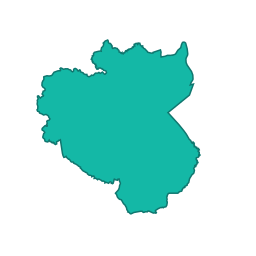 the district of Dinh Quan, Đồng Nai, Vietnam, rotated 160°
{"feature_id": "81297802B49967994067833", "entity_name": "Dinh Quan", "entity_type": "district", "adm_level": 2, "iso_a3": "VNM", "parent_name": "Vietnam", "parent_adm1": "Đồng Nai", "projection": "albers", "projection_center": [107.306, 11.211], "detail": "fine", "context": "isolated", "style": "filled", "palette": "teal", "viewbox_px": 256, "rotation_deg": 160, "n_neighbors": 0, "source": "geoboundaries", "source_scale": "gbopen_adm2", "svg_char_len": 5843}
<svg xmlns="http://www.w3.org/2000/svg" viewBox="0 0 256 256"><g transform="rotate(160 128 128)"><path d="M210.5,144.1L209.7,143.2L208.1,142.3L206.2,143.6L206.1,142.2L205.7,141.7L205.1,141.7L204.8,140.8L204.4,140.6L204.4,140.2L203.2,140.1L203.4,139.5L202.5,139.3L202.7,138.5L201.8,137.3L200.4,137.5L200.1,138.9L199.7,139.5L198.3,139.5L197.2,140.1L196.4,139.8L195.6,140.0L198.3,126.5L198.5,124.2L198.3,122.3L197.2,122.2L195.9,122.5L195.9,121.7L194.6,119.0L194.1,119.0L193.4,117.4L193.2,116.0L192.6,115.3L191.1,114.7L190.9,114.2L191.1,113.6L190.4,112.8L189.7,112.3L187.8,109.9L187.7,109.3L186.0,107.4L186.4,107.0L186.5,106.6L185.9,105.8L185.7,104.7L185.0,103.6L184.9,103.0L183.5,101.7L183.2,100.9L182.3,100.4L181.7,99.3L181.8,98.7L180.7,96.9L179.3,96.3L178.4,95.5L178.7,94.6L176.9,94.7L176.4,94.3L176.5,93.0L177.1,92.2L175.5,91.8L174.2,89.8L173.7,90.2L172.8,90.0L171.1,88.1L170.5,86.9L169.3,86.6L168.1,85.4L168.5,84.3L167.1,84.4L165.1,82.7L164.0,83.4L163.1,83.5L162.4,82.9L162.3,82.2L162.6,81.7L161.7,81.3L161.6,81.0L160.9,81.1L160.5,81.9L160.0,82.2L158.5,84.6L158.0,84.5L157.5,83.6L155.7,82.5L155.3,83.3L153.8,83.1L154.1,81.3L154.0,78.9L154.3,78.2L155.6,76.8L156.7,74.7L158.2,73.1L162.1,71.0L161.5,69.3L161.6,66.9L161.0,65.0L160.3,63.9L158.8,62.8L158.1,58.4L157.2,56.7L156.7,53.6L157.0,51.7L156.5,49.3L156.8,49.1L155.8,48.2L155.1,46.6L154.4,46.3L151.3,46.6L144.4,45.4L143.1,44.8L142.6,43.6L142.1,43.3L140.2,43.3L138.5,42.6L137.8,43.1L136.8,42.8L133.3,39.4L131.9,39.1L130.9,38.4L130.2,39.0L130.7,40.0L130.5,41.0L128.8,41.5L126.9,41.9L124.7,42.1L123.7,41.7L122.9,41.8L122.2,41.0L121.1,41.3L119.4,41.0L118.0,42.1L116.9,44.0L116.4,45.1L116.6,46.2L115.7,47.5L115.2,49.9L114.5,50.5L114.3,51.1L112.6,52.6L111.8,52.7L103.5,49.7L102.4,50.0L101.6,50.6L99.2,50.3L98.7,50.7L98.2,51.7L97.8,51.7L97.4,52.3L96.2,52.9L95.3,52.6L94.8,52.8L94.8,53.7L92.0,54.0L91.6,55.0L89.6,56.0L87.5,59.3L83.9,62.2L82.4,62.7L81.5,63.2L80.0,65.6L80.1,67.5L78.7,68.6L78.1,68.6L78.3,69.1L78.1,69.8L77.8,69.9L77.6,69.3L77.2,69.1L77.0,69.4L77.1,70.0L76.0,70.1L75.1,71.3L74.1,71.5L74.1,71.9L74.8,71.8L74.9,72.1L74.1,73.7L74.1,74.1L74.6,74.4L74.7,75.2L74.1,76.5L73.7,76.7L72.3,76.5L71.6,76.7L70.8,78.2L70.4,77.5L69.7,77.8L69.6,78.4L70.0,79.3L69.3,80.9L70.1,81.9L69.6,82.8L68.5,83.0L68.5,83.3L68.9,83.4L68.8,84.3L69.4,84.2L69.3,85.0L70.6,85.3L70.6,85.6L70.1,85.8L70.1,86.4L70.7,86.5L70.8,87.0L71.4,87.3L71.5,88.3L72.0,88.1L71.6,89.9L71.3,90.2L72.0,91.0L71.2,90.8L71.0,91.2L71.5,91.7L71.7,92.6L72.1,92.5L72.4,91.8L73.2,92.4L73.4,94.9L74.3,96.4L75.3,102.2L76.5,106.4L79.1,113.9L85.2,128.8L59.0,137.9L51.5,146.9L54.8,147.1L52.8,149.5L51.1,150.7L50.2,151.7L49.0,155.6L49.0,159.4L50.9,166.9L51.0,169.7L50.0,173.0L49.1,174.2L47.1,176.1L46.5,177.2L45.3,182.2L44.8,188.0L45.3,189.0L46.1,189.6L47.5,189.8L49.2,188.1L51.0,185.4L54.6,184.0L58.1,181.2L61.1,181.1L61.3,181.4L62.9,181.6L66.2,182.8L68.5,182.7L72.6,183.4L72.1,185.7L71.0,188.0L70.8,190.3L78.6,190.5L78.9,189.9L80.6,190.4L83.6,192.5L83.7,193.4L85.2,196.8L86.1,197.5L86.2,198.7L86.6,198.9L86.4,199.6L86.8,199.7L86.4,200.2L87.3,200.4L88.0,201.7L87.9,203.6L88.7,203.9L89.1,203.8L89.4,204.3L90.3,203.3L90.6,204.3L91.5,204.8L93.1,204.3L93.4,204.6L93.8,204.2L93.6,203.6L93.7,202.9L94.0,203.2L94.8,202.8L95.3,202.1L95.6,202.6L96.2,202.5L97.4,201.3L97.9,201.6L99.3,201.7L100.3,201.3L100.4,201.8L101.0,201.7L101.2,201.4L101.8,201.5L101.9,201.0L102.4,201.1L102.6,200.9L103.3,201.2L103.3,200.8L103.7,201.2L104.3,201.0L105.4,199.8L106.2,200.1L107.0,199.3L107.6,199.7L107.6,200.1L108.0,200.2L107.9,200.7L108.3,200.4L108.4,200.9L109.2,201.0L109.2,201.7L110.3,202.3L110.0,204.1L110.8,205.4L110.8,206.3L111.7,206.7L112.1,207.4L113.4,208.0L113.8,208.0L114.1,207.8L114.5,208.1L115.0,207.9L115.3,208.1L115.4,208.8L115.2,210.0L114.8,210.4L115.3,211.0L115.1,211.9L115.7,213.5L116.5,213.7L117.2,215.0L116.8,216.5L117.0,217.6L119.7,217.5L121.2,216.7L121.3,216.4L122.1,216.4L122.3,216.0L122.1,215.5L122.5,214.5L123.8,213.1L125.3,212.6L126.7,210.5L126.9,209.4L127.3,209.7L129.7,210.2L133.7,210.6L135.1,209.6L135.4,208.2L136.2,207.8L136.7,208.0L136.8,207.2L137.7,206.8L138.0,205.9L138.6,205.6L138.5,205.1L139.0,204.9L138.4,204.0L138.6,203.7L138.4,202.9L138.7,202.7L138.3,202.3L138.8,201.8L138.6,201.1L137.4,200.0L137.3,199.1L136.6,198.8L137.0,198.3L136.6,197.3L137.0,197.4L137.4,197.1L137.6,196.3L137.1,193.9L136.7,193.8L136.7,194.2L135.9,193.7L135.6,194.4L133.3,193.8L132.6,192.7L132.1,192.6L132.0,192.0L131.4,191.6L131.1,190.5L129.5,189.5L129.2,189.0L129.3,187.3L131.0,186.4L131.7,186.6L132.9,189.3L135.5,188.8L136.3,190.2L137.6,189.9L139.9,190.7L142.7,189.3L144.3,190.2L145.2,189.6L147.1,189.5L148.3,190.5L148.5,191.2L148.3,192.4L150.0,193.0L151.2,194.3L151.3,195.2L153.4,197.0L153.1,198.3L153.3,199.0L153.8,199.2L154.8,198.5L155.4,198.6L156.1,200.8L157.0,201.9L157.8,202.1L158.5,202.0L159.1,201.5L159.6,200.2L160.8,199.7L161.7,200.6L162.1,202.2L163.4,203.0L164.3,204.2L166.4,205.0L168.6,205.3L169.8,206.8L170.6,207.4L171.6,207.1L171.5,205.5L171.9,205.0L174.4,205.7L178.4,205.7L181.4,203.6L182.0,203.4L184.3,203.8L186.3,204.8L189.5,205.0L189.8,204.6L189.9,203.8L190.6,202.2L191.8,201.5L193.2,200.0L194.3,197.6L194.1,195.8L192.6,193.5L192.8,192.2L193.6,191.6L195.2,191.6L195.9,190.4L197.0,189.5L197.1,188.8L196.3,187.6L196.9,186.9L198.7,186.8L200.0,186.1L200.6,187.1L201.0,188.7L201.5,189.0L202.2,188.8L202.5,187.8L202.4,186.1L203.8,185.1L204.1,183.6L205.2,181.6L205.3,179.1L206.3,176.8L207.3,176.2L207.2,174.7L205.9,173.7L206.0,172.4L205.7,172.0L204.3,170.9L202.9,169.1L200.4,168.8L199.0,167.1L198.7,166.5L198.7,164.9L198.2,163.3L198.4,163.0L199.7,162.3L201.1,162.5L202.0,162.1L202.4,159.7L203.3,159.3L203.0,157.9L203.3,157.4L203.9,157.5L204.8,158.4L205.3,158.5L208.5,157.1L209.2,156.4L209.3,155.3L208.3,154.3L207.7,152.4L207.9,152.1L209.2,151.5L211.2,148.6L211.2,147.8L210.2,146.0L210.5,144.1Z" fill="#14b8a6" stroke="#0f766e" stroke-width="1.5"/></g></svg>